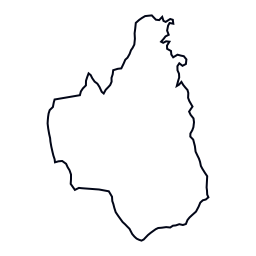 Serra Azul, São Paulo, Brazil
{"feature_id": "56859067B84170485287144", "entity_name": "Serra Azul", "entity_type": "district", "adm_level": 2, "iso_a3": "BRA", "parent_name": "Brazil", "parent_adm1": "São Paulo", "projection": "equal_earth", "projection_center": [-47.543, -21.307], "detail": "fine", "context": "isolated", "style": "outline", "palette": "ink", "viewbox_px": 256, "rotation_deg": 0, "n_neighbors": 0, "source": "geoboundaries", "source_scale": "gbopen_adm2", "svg_char_len": 2137}
<svg xmlns="http://www.w3.org/2000/svg" viewBox="0 0 256 256"><path d="M151.8,15.4L148.7,15.7L145.1,16.1L141.9,18.0L139.3,19.8L135.8,22.9L135.2,28.8L134.6,33.3L134.9,38.8L134.3,44.6L132.6,47.9L131.0,50.2L129.6,54.0L127.5,57.7L125.3,59.7L123.8,63.2L121.3,68.4L117.8,68.8L113.2,70.2L112.7,74.3L111.5,77.9L111.6,81.7L110.2,85.0L108.4,87.0L105.7,89.8L103.7,93.5L101.7,91.8L99.5,87.0L97.4,83.7L94.6,81.6L92.3,78.3L90.7,75.1L88.6,73.4L87.2,77.1L86.0,80.8L85.9,85.4L82.9,88.4L80.9,91.4L79.9,95.2L54.6,99.5L53.8,102.3L52.9,107.0L49.7,110.1L48.6,113.5L48.1,116.8L47.8,120.1L47.6,123.5L48.2,128.5L49.2,134.2L50.1,138.1L50.4,141.4L51.3,146.6L52.4,151.5L53.4,155.6L54.6,159.2L55.0,162.3L58.6,161.3L62.2,161.0L66.1,163.8L67.7,167.3L69.5,170.2L71.0,174.5L71.0,179.1L70.7,183.9L72.8,186.9L74.9,189.9L78.9,187.9L81.6,188.2L99.1,189.5L108.8,191.3L112.0,196.7L112.3,201.1L113.3,203.9L114.3,207.8L115.7,212.2L118.2,215.9L120.0,218.4L122.6,222.0L125.2,224.4L127.2,226.5L129.5,228.8L132.2,234.0L134.4,236.6L136.6,238.6L139.1,239.8L141.5,240.6L143.7,239.5L145.5,237.6L148.0,235.0L150.7,232.8L153.6,230.7L155.7,229.2L158.2,228.0L161.9,227.7L166.2,227.1L170.2,227.5L172.9,225.7L175.8,225.4L179.3,224.2L182.9,225.0L185.9,224.0L187.5,220.0L189.6,217.4L192.3,214.9L196.0,211.6L198.6,206.7L200.3,202.6L202.8,200.3L205.8,199.5L208.4,197.3L207.2,194.6L207.0,190.6L206.6,187.5L207.2,176.2L204.9,172.8L202.4,168.8L200.9,166.0L200.0,161.7L198.9,158.5L197.6,155.9L195.6,151.7L194.9,146.2L193.2,139.6L190.3,136.6L190.4,133.5L192.3,130.2L193.4,127.2L194.0,122.2L193.5,118.4L190.6,114.8L189.1,111.6L190.6,109.3L192.5,106.6L189.3,101.0L188.1,97.8L188.3,93.0L187.5,90.0L185.2,87.4L183.2,84.9L181.4,81.9L179.1,84.6L176.8,86.0L178.1,81.0L179.2,77.5L179.0,73.7L177.5,70.3L177.4,66.2L179.3,63.3L182.5,65.8L185.9,64.0L186.4,59.4L183.8,56.2L180.9,55.6L177.5,54.7L173.2,57.3L171.3,54.5L171.0,51.0L167.1,48.8L167.0,45.6L169.4,41.7L166.1,41.3L163.2,42.8L161.1,41.7L163.6,38.9L165.5,36.4L168.7,34.8L167.1,30.6L168.1,25.6L169.6,23.0L173.3,23.7L172.8,19.8L170.2,19.0L165.7,21.9L163.5,20.9L162.2,16.9L159.2,20.1L155.9,19.7L151.8,15.4Z" fill="none" stroke="#020617" stroke-width="2"/></svg>